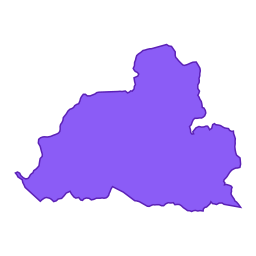 Pirassununga, São Paulo, Brazil (Natural Earth projection)
{"feature_id": "56859067B61484567456401", "entity_name": "Pirassununga", "entity_type": "district", "adm_level": 2, "iso_a3": "BRA", "parent_name": "Brazil", "parent_adm1": "São Paulo", "projection": "natural_earth1", "projection_center": [-47.38, -21.972], "detail": "fine", "context": "isolated", "style": "filled", "palette": "violet", "viewbox_px": 256, "rotation_deg": 0, "n_neighbors": 0, "source": "geoboundaries", "source_scale": "gbopen_adm2", "svg_char_len": 3493}
<svg xmlns="http://www.w3.org/2000/svg" viewBox="0 0 256 256"><path d="M233.4,131.1L231.7,131.4L229.6,130.4L228.5,128.6L226.6,128.3L224.5,127.9L222.5,126.8L220.6,125.6L218.7,125.1L215.8,124.7L214.4,123.6L212.7,124.6L211.7,128.3L209.6,129.8L208.7,127.7L207.6,126.2L206.1,126.1L203.9,126.9L201.6,127.1L198.9,126.5L195.9,127.9L194.1,130.2L192.8,131.8L193.6,133.8L192.0,134.1L190.7,132.6L190.5,129.8L189.5,126.6L191.3,124.7L192.1,122.2L193.3,119.7L194.8,118.3L197.2,118.3L199.7,117.9L201.6,118.0L203.1,117.2L204.7,115.8L205.8,113.0L205.3,110.4L203.9,108.0L202.3,107.5L201.9,104.2L201.3,101.5L199.8,99.1L199.0,97.0L197.8,95.2L198.7,93.7L199.5,91.1L197.8,88.5L197.8,84.9L199.1,82.6L199.3,80.8L199.0,78.4L199.8,75.8L199.8,73.5L200.3,70.8L199.9,68.2L198.2,65.2L196.2,62.0L192.9,62.2L190.8,63.0L189.0,63.8L187.2,64.6L184.4,65.4L182.9,65.0L181.2,63.4L179.2,61.4L178.0,60.0L176.9,58.6L175.7,57.4L175.2,55.3L175.2,51.8L173.3,49.0L171.5,46.4L168.7,45.9L166.6,44.5L151.5,48.7L149.6,48.8L147.0,49.4L145.3,50.0L143.0,50.5L140.8,52.4L138.4,54.0L136.7,55.6L136.0,57.8L135.5,60.1L134.6,62.4L134.4,65.9L133.2,68.4L134.1,70.0L135.2,71.4L137.3,72.4L138.7,74.0L137.8,76.1L134.0,77.8L134.6,81.5L135.4,84.6L134.3,86.4L134.1,88.9L132.2,91.1L130.6,90.9L129.4,92.1L127.6,92.9L125.3,91.0L122.0,91.5L120.0,91.3L117.9,91.5L98.8,92.2L96.8,92.6L94.9,94.0L92.9,94.8L90.2,95.9L87.3,95.9L85.4,94.3L83.3,94.3L81.6,96.5L80.5,98.5L80.0,100.7L78.7,103.7L76.7,104.4L74.8,105.6L73.6,107.4L72.2,108.4L69.8,109.3L68.0,111.0L66.2,114.0L63.3,117.6L62.9,120.5L61.8,122.8L60.6,124.4L60.1,126.5L60.2,129.2L59.8,131.4L58.5,133.1L56.7,134.0L55.0,134.7L53.5,135.2L50.7,136.4L47.5,137.0L44.2,136.8L42.6,137.0L40.5,137.8L38.7,139.3L38.3,143.0L40.2,146.4L41.3,150.8L42.3,154.2L42.2,156.4L40.2,158.5L39.6,161.6L39.0,165.8L37.4,167.7L36.0,169.1L33.8,170.6L32.9,172.8L31.4,173.8L30.2,175.1L29.4,176.8L27.9,178.5L25.7,178.9L23.3,177.8L20.9,175.6L19.7,173.2L17.5,172.0L15.4,173.0L17.0,175.0L17.9,176.9L19.7,178.1L22.2,179.8L22.8,182.5L24.1,185.1L25.1,187.4L40.3,201.3L42.0,199.7L44.7,197.9L46.5,197.5L49.5,198.2L51.2,199.2L52.5,200.4L53.7,201.6L56.3,200.8L58.2,199.0L59.7,198.7L61.6,198.4L63.8,196.1L66.3,193.0L68.6,192.0L70.0,191.3L71.5,194.0L73.9,197.0L75.8,198.1L78.7,197.5L80.7,200.0L82.5,200.4L84.0,198.8L86.3,198.0L89.1,198.3L91.3,199.9L93.7,199.4L96.4,198.2L100.3,198.2L102.1,197.9L104.0,198.2L106.0,197.9L107.5,196.9L108.7,195.2L109.2,193.3L110.1,191.5L110.9,189.2L112.5,186.6L123.3,192.1L134.7,200.7L136.7,200.9L139.4,201.7L147.3,206.2L149.2,206.4L151.3,205.4L153.0,204.7L154.7,204.9L156.7,204.7L159.2,204.7L161.5,205.7L163.7,205.7L165.6,203.9L168.1,202.7L170.7,203.0L173.3,202.7L174.9,204.7L177.2,204.4L179.4,204.5L181.3,205.7L183.4,207.7L185.8,209.3L187.5,210.6L190.1,210.8L191.6,211.5L193.4,210.7L195.4,210.4L197.8,211.0L200.0,210.6L203.1,211.0L203.4,208.9L204.7,207.5L206.6,207.0L208.0,205.7L210.0,203.8L210.9,201.8L212.5,203.6L214.6,203.9L216.5,204.5L219.1,203.1L222.1,203.0L224.0,204.3L240.6,207.3L238.5,204.3L236.6,202.1L234.9,200.9L234.1,199.0L232.9,197.3L231.4,194.9L231.0,193.2L231.5,191.5L231.4,189.2L232.1,187.3L231.0,186.0L229.5,185.4L227.9,184.9L226.1,184.4L224.5,184.8L224.9,182.9L223.6,181.3L224.2,179.6L225.9,177.9L227.0,176.6L229.6,172.5L231.6,170.2L233.6,169.0L235.6,168.1L237.5,168.0L239.9,167.4L240.6,164.2L240.3,160.5L240.0,157.9L238.1,156.4L236.6,155.2L235.8,153.0L235.2,150.0L234.8,146.7L235.2,143.5L235.1,141.2L235.3,138.7L234.5,136.1L233.6,133.6L233.4,131.1Z" fill="#8b5cf6" stroke="#5b21b6" stroke-width="1.5"/></svg>